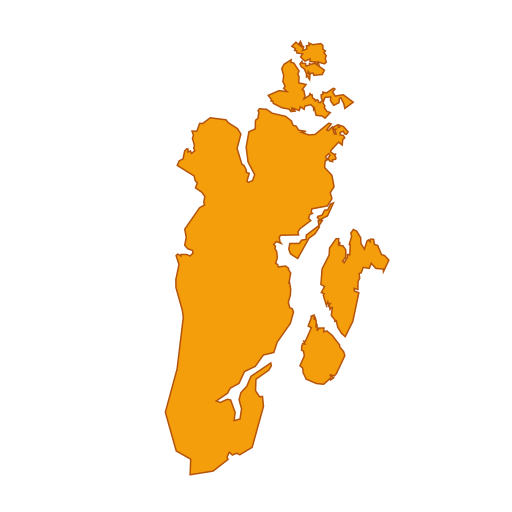 outline of Kvinnherad nor, Hordaland, Norway, rotated 157°
{"feature_id": "86288312B18833292732183", "entity_name": "Kvinnherad nor", "entity_type": "district", "adm_level": 2, "iso_a3": "NOR", "parent_name": "Norway", "parent_adm1": "Hordaland", "projection": "orthographic", "projection_center": [5.871, 59.959], "detail": "fine", "context": "isolated", "style": "filled", "palette": "amber", "viewbox_px": 512, "rotation_deg": 157, "n_neighbors": 0, "source": "geoboundaries", "source_scale": "gbopen_adm2", "svg_char_len": 6155}
<svg xmlns="http://www.w3.org/2000/svg" viewBox="0 0 512 512"><g transform="rotate(157 256 256)"><path d="M402.1,80.4L379.5,74.8L361.2,79.7L361.3,82.1L357.3,85.8L355.5,82.0L350.8,82.0L348.6,79.4L334.3,81.4L307.9,114.6L304.9,124.2L307.7,125.0L309.1,132.1L304.2,142.6L288.9,145.9L284.7,149.0L284.2,151.8L307.6,147.2L315.5,139.6L323.3,136.1L327.7,130.4L329.0,121.0L334.4,112.2L340.5,113.0L336.3,120.2L335.6,133.4L338.3,135.3L346.0,135.1L349.2,138.1L335.9,140.8L331.3,144.4L321.4,145.4L311.8,154.1L299.8,154.7L287.9,162.0L277.3,160.2L270.2,168.4L250.7,180.6L243.4,189.7L243.2,193.2L245.1,195.3L244.4,200.6L239.8,206.4L237.1,211.7L235.5,218.4L236.2,218.4L230.7,226.8L231.5,230.6L230.8,231.9L232.7,235.2L239.7,237.2L239.5,239.8L240.8,241.6L237.1,246.0L235.2,252.0L235.7,255.3L234.2,257.5L235.3,259.7L231.6,261.3L227.9,257.8L228.4,259.9L227.2,264.3L225.3,265.5L208.5,258.8L208.1,261.7L205.0,263.9L191.7,267.2L192.9,270.2L190.2,273.2L187.4,273.1L188.0,274.8L186.2,277.6L170.7,274.2L163.7,279.1L162.9,285.3L157.1,289.2L154.6,300.6L158.3,310.6L155.3,316.3L152.1,316.8L153.5,318.0L152.9,320.4L148.9,321.8L148.7,319.5L151.6,317.9L151.1,314.7L148.6,312.9L147.9,314.7L145.0,313.9L144.1,314.9L144.2,318.3L142.4,318.6L144.6,319.2L146.5,322.6L146.1,323.8L135.5,328.5L133.3,324.5L130.6,329.4L128.2,330.0L128.5,332.9L131.1,334.6L130.4,336.7L126.9,336.8L126.6,333.8L125.3,332.7L122.7,334.3L124.9,341.0L128.2,343.9L128.7,342.1L129.9,342.3L128.8,343.2L129.4,344.9L134.6,344.3L135.0,342.1L132.8,341.4L134.3,340.4L134.6,337.0L136.2,337.8L135.4,345.0L140.6,343.1L141.6,344.5L135.2,348.1L137.1,349.8L154.1,344.8L160.1,346.8L165.9,352.1L161.3,351.2L167.7,355.3L168.2,359.6L170.9,362.0L170.6,366.4L174.1,372.9L185.2,381.0L189.0,386.9L195.3,390.2L197.4,388.9L197.2,387.1L200.6,381.8L202.6,381.5L203.8,380.5L207.0,373.3L214.0,373.1L222.5,360.1L226.6,345.6L225.4,331.4L229.8,326.7L234.2,326.8L235.1,328.4L230.0,334.7L232.2,336.9L231.3,339.4L231.7,344.0L233.1,346.1L231.4,362.4L222.3,374.1L223.2,380.4L229.3,389.3L230.4,393.1L244.1,401.1L253.3,398.8L256.0,400.1L261.7,394.0L266.1,396.0L266.4,391.5L268.6,389.1L269.4,381.9L271.2,379.7L271.2,376.7L275.3,375.7L275.3,378.3L277.9,378.3L276.8,381.1L278.0,381.7L280.7,380.5L285.2,373.9L289.5,373.6L293.1,370.1L281.7,353.9L282.5,348.9L281.4,346.3L285.1,342.3L281.0,335.9L279.8,330.8L283.1,325.9L283.4,323.1L289.2,322.4L311.1,308.5L313.0,300.3L317.4,293.8L316.1,289.4L312.3,286.0L312.8,283.3L316.8,281.8L319.2,284.5L324.4,286.7L325.0,285.3L327.4,288.4L329.4,287.6L330.2,278.3L339.0,265.6L342.0,258.3L345.0,234.9L346.9,227.9L372.8,182.8L400.5,147.6L405.6,107.7L395.5,94.5L402.1,80.4ZM192.5,157.9L175.7,182.0L179.2,185.4L178.3,187.8L175.3,185.3L172.0,192.8L169.3,194.9L167.9,199.6L165.8,199.4L161.7,203.6L156.6,200.3L152.8,204.3L150.5,197.7L144.0,194.3L144.8,191.8L135.3,200.3L137.4,206.1L139.9,208.2L139.9,218.3L142.5,220.3L141.2,225.4L144.2,226.8L145.4,224.6L146.2,226.9L148.1,226.3L153.5,219.9L154.5,226.4L152.5,232.0L153.6,239.5L156.0,242.4L159.9,239.9L160.2,236.9L165.6,230.2L164.8,229.7L169.2,220.4L171.2,221.7L172.2,219.2L177.5,215.3L178.3,217.5L174.0,219.8L171.0,226.4L172.0,231.4L175.2,233.3L173.2,235.8L175.3,234.9L173.1,239.7L175.5,240.6L185.2,234.6L188.3,228.3L200.2,218.3L207.4,204.4L204.8,201.2L210.2,196.8L208.0,194.6L209.4,193.6L210.5,182.8L207.8,185.7L207.9,183.2L206.5,183.1L209.0,181.3L208.0,181.0L208.7,177.9L206.9,179.0L205.8,178.8L209.9,171.9L208.4,166.3L209.0,165.0L207.4,165.0L208.6,158.5L207.5,151.4L205.4,146.9L192.5,157.9ZM235.8,112.8L232.2,113.5L234.5,116.9L233.9,117.6L230.8,115.0L228.1,116.2L213.2,129.5L212.7,133.7L214.5,139.6L213.8,141.4L216.9,153.2L220.1,159.4L223.3,159.7L221.6,163.2L225.9,164.9L229.1,163.4L227.2,165.8L227.6,168.1L226.9,168.3L226.6,169.2L226.8,169.3L227.1,168.6L227.3,168.6L227.7,167.9L228.2,167.6L226.0,172.6L225.6,175.9L227.3,174.3L225.6,179.0L229.5,179.0L228.3,178.5L235.4,171.1L233.0,168.4L244.0,158.1L245.4,159.0L245.4,155.9L247.2,157.2L249.4,154.7L250.8,151.5L249.5,149.8L250.5,145.2L258.4,137.8L256.8,134.6L258.2,130.1L257.9,123.0L250.2,115.0L243.8,111.5L235.4,114.4L235.8,112.8ZM116.6,357.1L106.4,359.6L112.7,370.4L120.7,372.3L121.4,377.1L118.1,378.8L119.3,380.2L127.4,378.6L130.5,380.7L130.9,378.9L133.1,378.9L134.2,375.8L133.6,373.9L136.9,372.0L138.5,373.1L137.9,374.4L138.7,376.0L140.9,375.6L140.6,377.3L142.2,379.3L141.4,382.6L143.2,383.0L142.4,385.0L144.2,382.9L150.5,381.9L148.4,384.0L147.3,389.7L148.4,391.1L142.9,394.3L149.0,398.7L146.2,404.4L146.6,406.9L144.1,409.4L145.8,418.9L148.2,420.6L147.0,422.9L155.3,421.5L159.1,418.4L160.0,411.3L163.1,406.1L162.9,400.8L165.1,399.6L163.2,395.2L170.2,399.2L182.0,399.1L180.7,393.8L181.6,392.9L179.9,391.6L180.5,389.8L174.3,382.4L168.2,378.3L167.4,375.3L163.4,374.1L163.8,376.1L166.0,376.7L165.0,378.4L159.4,373.0L156.9,376.0L154.4,372.2L152.5,374.9L146.4,373.9L145.0,370.4L145.7,368.4L144.5,369.3L145.7,362.1L140.3,358.9L138.6,355.9L131.6,359.0L134.3,361.5L135.1,366.3L134.0,367.1L134.5,370.8L130.5,375.1L125.1,373.2L126.7,370.0L125.6,364.3L119.7,364.7L117.9,368.2L116.0,368.5L115.7,361.7L116.6,357.1ZM118.0,406.2L115.6,406.9L115.0,411.1L113.1,412.8L113.9,416.8L112.0,417.6L113.6,420.0L112.2,423.7L113.4,426.2L121.1,428.3L124.1,431.4L124.8,429.0L127.5,429.8L128.2,426.8L133.0,426.9L130.4,429.8L131.9,433.0L131.2,433.2L131.3,436.2L133.0,434.8L131.8,429.9L135.8,437.2L141.1,435.0L138.6,431.4L140.1,430.2L138.4,428.7L139.0,426.9L134.0,423.8L137.2,421.9L134.8,416.2L129.2,416.3L130.3,414.0L125.2,411.2L123.3,408.1L123.1,410.4L118.0,406.2ZM218.6,237.4L200.2,251.7L193.0,253.4L186.3,257.9L186.8,259.3L201.6,255.5L203.4,251.7L207.9,252.8L211.3,250.7L220.0,254.3L223.1,249.6L223.5,244.6L218.6,237.4ZM124.1,397.2L120.4,400.3L126.6,410.4L131.1,411.1L131.5,412.9L131.8,410.9L135.8,411.2L135.2,413.8L138.0,415.3L137.7,417.2L140.5,415.6L140.4,412.6L138.5,409.5L138.3,404.3L139.5,401.2L138.4,401.6L137.7,397.5L135.5,401.7L137.3,404.7L136.2,403.6L135.8,405.3L135.1,403.2L136.0,403.1L132.0,402.0L132.1,399.7L124.1,397.2ZM186.2,259.3L180.9,262.8L182.7,264.5L174.5,265.0L164.0,274.6L167.1,274.6L171.9,270.5L175.0,271.3L179.3,267.8L183.6,268.3L184.4,267.4L183.0,263.4L185.0,264.1L186.2,259.3Z" fill="#f59e0b" stroke="#b45309" stroke-width="1.5"/></g></svg>